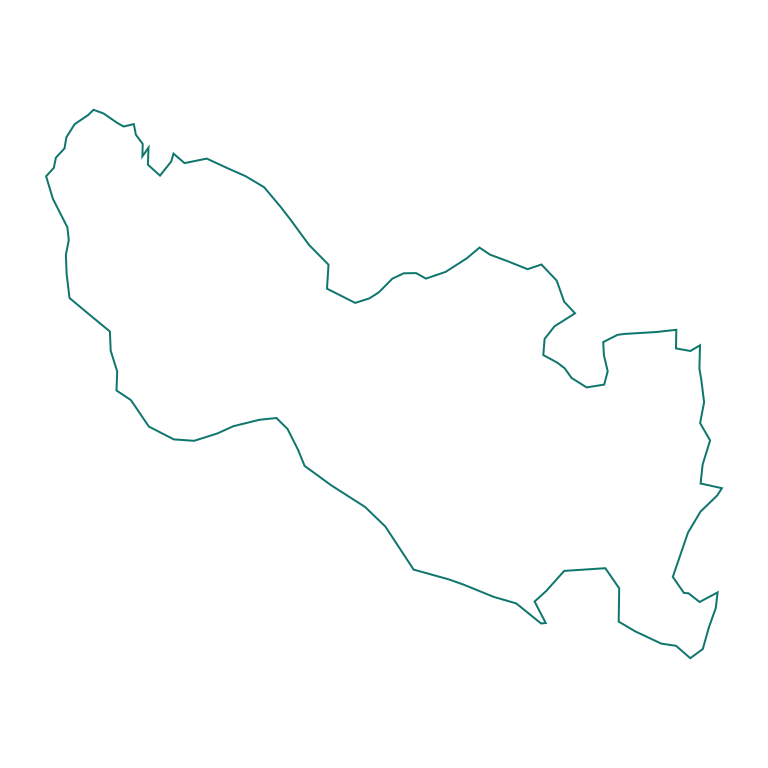 outline of Evretou, Paphos, Cyprus
{"feature_id": "46923920B63021267781506", "entity_name": "Evretou", "entity_type": "district", "adm_level": 2, "iso_a3": "CYP", "parent_name": "Cyprus", "parent_adm1": "Paphos", "projection": "robinson", "projection_center": [32.482, 34.962], "detail": "fine", "context": "isolated", "style": "outline", "palette": "teal", "viewbox_px": 768, "rotation_deg": 0, "n_neighbors": 0, "source": "geoboundaries", "source_scale": "gbopen_adm2", "svg_char_len": 1647}
<svg xmlns="http://www.w3.org/2000/svg" viewBox="0 0 768 768"><path d="M46.1,176.3L52.9,198.8L67.4,227.4L68.8,240.2L65.9,254.5L66.6,273.7L69.5,298.0L88.3,313.7L109.9,331.5L110.7,350.8L117.2,371.5L116.5,390.5L130.9,400.1L148.9,426.6L173.8,439.4L194.1,440.8L217.2,433.5L233.4,426.2L259.3,419.8L276.4,418.0L287.5,428.9L298.1,449.9L304.6,465.9L330.9,485.1L365.1,507.0L385.4,526.6L413.6,569.6L439.5,576.8L448.2,579.2L463.5,584.6L494.0,597.0L516.2,603.4L541.1,623.5L545.7,623.0L534.6,601.5L546.2,591.0L564.2,570.9L605.3,568.2L619.2,588.3L618.7,621.6L634.9,631.2L661.2,643.6L676.0,645.8L690.3,658.2L702.8,649.0L708.8,627.6L715.8,607.9L717.6,592.4L699.6,602.0L688.5,593.3L683.9,592.9L672.8,576.9L688.0,532.6L700.5,511.6L717.1,495.6L721.9,488.2L700.6,483.5L702.6,464.7L710.1,440.4L700.1,423.1L704.1,402.3L701.3,379.8L699.4,368.7L700.0,345.3L690.4,351.0L676.0,348.4L676.3,329.8L656.4,332.0L625.0,333.9L617.6,334.8L603.2,342.1L603.9,355.1L607.7,371.3L604.2,384.6L586.6,387.4L571.5,377.9L564.8,368.4L557.4,362.7L543.3,355.1L544.6,338.9L554.5,326.3L575.0,313.3L564.1,301.6L556.7,280.6L541.4,264.5L527.6,269.2L507.1,261.0L490.1,254.7L479.5,247.6L466.8,258.3L445.6,271.9L425.9,278.6L416.1,273.1L403.7,273.3L392.4,278.6L378.9,292.3L369.3,298.4L355.2,302.9L327.0,288.7L328.5,264.7L309.0,244.9L290.7,219.9L280.8,207.1L264.2,187.3L245.6,176.2L228.4,168.6L206.8,158.6L184.5,163.1L173.5,153.6L171.3,161.4L160.0,175.6L147.9,164.7L148.5,147.6L142.4,156.4L142.7,143.9L135.9,134.8L133.8,124.1L123.6,126.5L117.2,122.9L103.6,113.5L93.5,109.8L88.2,115.0L74.7,124.1L66.4,137.2L64.5,148.4L55.9,157.6L53.8,167.9L46.1,176.3Z" fill="none" stroke="#0f766e" stroke-width="2"/></svg>